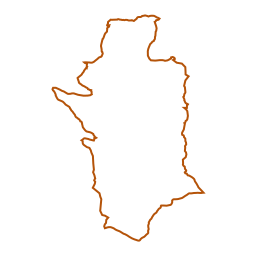 outline of Lupeni, Hunedoara, Romania
{"feature_id": "2599482B30963415066220", "entity_name": "Lupeni", "entity_type": "district", "adm_level": 2, "iso_a3": "ROU", "parent_name": "Romania", "parent_adm1": "Hunedoara", "projection": "robinson", "projection_center": [23.198, 45.349], "detail": "fine", "context": "isolated", "style": "outline", "palette": "amber", "viewbox_px": 256, "rotation_deg": 0, "n_neighbors": 0, "source": "geoboundaries", "source_scale": "gbopen_adm2", "svg_char_len": 5661}
<svg xmlns="http://www.w3.org/2000/svg" viewBox="0 0 256 256"><path d="M203.5,192.7L198.4,187.3L198.0,186.3L197.2,184.9L196.5,183.6L195.0,181.4L194.6,180.4L194.5,179.7L194.0,178.9L193.0,178.0L191.8,177.1L189.2,175.6L187.7,175.3L186.8,173.7L185.3,173.3L184.8,172.3L186.1,171.1L186.2,170.4L185.0,168.9L184.7,166.6L183.6,165.9L182.9,164.7L183.1,163.4L182.9,159.6L185.7,157.2L186.4,154.4L186.0,152.4L184.9,151.0L185.0,149.7L185.2,147.7L185.0,146.1L186.2,144.4L186.0,142.4L185.4,141.2L185.3,138.7L184.7,137.8L184.1,137.3L184.0,136.4L183.6,135.4L182.2,134.8L182.0,133.8L182.2,132.5L183.8,129.5L184.3,126.7L184.8,124.1L184.4,123.2L185.0,123.1L185.7,120.9L186.6,120.4L187.3,119.3L187.9,115.9L187.3,111.1L186.1,109.4L184.3,107.9L186.9,107.9L187.0,104.6L187.9,104.5L188.0,104.3L186.6,103.5L185.8,103.2L185.4,102.6L184.9,101.7L184.8,101.4L184.5,100.5L184.3,100.3L184.4,99.3L183.9,98.3L183.3,97.0L183.9,96.5L184.4,94.0L185.2,92.9L185.4,92.2L184.9,87.2L184.1,85.9L185.4,80.4L188.6,76.3L185.6,74.5L185.5,70.8L185.3,67.1L181.9,63.6L176.7,62.7L173.1,60.0L174.8,59.0L174.7,58.3L173.7,57.4L172.5,57.0L171.1,57.4L171.1,58.3L168.9,59.7L167.4,60.4L165.0,60.8L163.9,60.4L162.2,60.1L159.8,60.1L159.3,60.2L158.1,60.3L157.5,60.4L155.1,60.6L150.9,60.3L149.3,58.6L147.9,55.7L147.8,51.1L148.3,48.8L149.1,46.7L150.2,44.1L151.4,43.0L152.4,41.7L153.9,40.9L154.0,40.2L154.5,39.7L154.9,38.9L155.0,36.8L155.4,35.8L155.5,34.1L155.7,31.6L156.2,30.9L156.6,28.3L156.1,26.1L154.7,21.9L155.2,21.7L155.8,21.1L156.0,20.4L157.0,20.0L158.0,19.9L158.9,19.4L159.5,18.6L157.8,17.7L156.5,17.3L155.8,16.7L153.9,15.8L153.0,15.8L152.2,15.7L150.8,15.8L149.6,16.0L148.5,16.5L147.0,15.9L145.0,15.4L144.5,15.6L142.1,16.0L141.8,16.4L140.7,17.0L138.8,17.0L137.8,17.2L137.5,17.4L137.1,17.8L136.7,18.7L136.2,19.0L135.6,19.6L134.8,20.1L134.2,20.8L133.5,20.9L132.7,20.5L131.8,20.2L131.2,20.5L130.6,20.4L129.2,20.5L128.4,20.4L127.4,20.0L126.6,19.9L125.5,19.9L124.7,20.1L124.1,20.1L123.5,19.9L122.1,20.0L121.1,19.7L119.7,19.6L118.7,19.2L118.1,19.2L117.9,19.2L117.3,19.6L111.7,19.8L110.6,19.7L109.8,20.5L108.4,21.6L108.0,22.1L108.0,23.6L107.4,24.5L107.1,25.4L107.2,25.6L107.4,25.7L107.7,25.7L109.3,25.3L109.2,25.6L109.1,26.5L108.9,26.8L108.0,27.4L107.4,27.9L107.2,28.4L107.1,28.7L107.2,29.0L107.2,29.7L107.0,30.8L107.0,31.6L105.4,33.2L104.9,34.0L104.3,35.5L104.1,36.2L103.5,37.8L103.0,38.8L102.6,39.0L102.0,41.3L101.2,44.7L101.0,46.0L101.6,49.2L101.7,51.3L102.2,51.8L102.1,52.1L102.6,52.9L102.7,53.4L102.7,53.7L102.4,54.5L101.7,55.9L101.3,56.4L101.4,56.5L101.2,56.7L100.8,56.9L99.3,57.3L98.9,57.6L98.6,57.9L98.3,58.1L97.5,58.9L95.1,60.8L93.9,61.8L92.7,62.4L91.8,62.7L91.0,62.7L89.4,62.5L85.3,62.3L84.3,62.4L85.0,63.0L87.0,63.6L86.7,66.8L86.7,67.0L87.0,67.0L86.8,67.5L86.7,68.3L86.0,68.1L84.1,70.6L83.7,71.7L82.1,73.7L81.8,74.4L81.1,75.1L77.6,77.9L77.7,78.6L78.2,79.8L78.3,80.5L78.8,81.5L78.9,82.6L79.0,82.8L79.6,83.2L80.0,83.6L80.3,83.9L81.2,84.4L82.3,85.4L82.7,85.6L84.5,86.4L86.0,87.4L87.1,87.9L87.7,88.4L88.0,89.2L88.3,89.3L89.0,89.4L89.2,89.6L89.4,89.8L89.9,90.0L90.8,90.0L91.1,90.1L90.8,90.7L90.9,90.8L91.1,91.0L91.3,91.0L91.5,91.3L91.6,92.3L91.6,93.8L91.8,94.3L90.3,95.2L87.6,95.6L83.6,95.7L78.1,94.8L73.8,93.4L72.0,93.4L70.5,93.8L68.1,93.9L67.0,93.4L63.7,91.4L62.1,90.9L59.6,89.5L55.8,87.8L53.1,87.8L52.5,89.2L53.0,90.3L54.2,91.5L55.3,93.6L55.7,94.7L55.7,95.5L55.8,95.8L56.2,96.3L56.6,97.4L57.8,99.3L58.5,99.8L59.0,100.0L62.5,101.5L63.2,102.0L64.6,103.4L65.6,104.6L69.2,106.8L69.8,107.6L70.1,108.6L70.4,108.9L70.8,109.3L71.2,110.3L72.7,111.8L73.3,112.8L74.9,114.8L75.3,116.0L75.6,116.6L76.2,117.3L77.0,117.7L77.3,118.0L78.0,118.5L78.4,119.0L79.2,119.3L79.7,120.0L80.0,120.7L80.4,121.4L81.3,121.6L81.5,121.9L81.8,122.3L81.9,122.7L81.9,123.2L82.1,123.6L82.1,124.2L82.5,125.5L82.6,126.2L82.9,127.3L84.6,129.6L85.4,130.5L86.3,131.3L86.7,131.5L90.2,132.3L91.8,133.0L92.7,133.7L93.2,133.9L93.4,134.4L93.6,135.1L94.3,135.9L94.8,136.8L95.4,137.3L95.9,137.6L96.2,137.8L95.5,138.2L94.3,138.1L94.2,139.4L93.9,140.5L93.7,140.5L93.1,140.4L92.4,140.2L89.5,139.5L88.4,139.0L86.9,138.7L84.9,138.3L84.3,138.3L83.8,138.6L83.5,138.8L82.8,139.5L81.6,140.3L82.5,140.9L82.7,141.4L82.7,143.0L83.1,144.1L83.8,144.9L86.9,147.1L89.4,147.9L90.8,150.4L91.4,152.6L92.9,156.0L93.3,163.6L93.9,169.7L93.1,172.2L94.4,175.3L95.2,178.6L94.6,179.3L94.2,180.4L95.2,181.8L94.8,183.8L92.8,187.8L99.5,193.3L100.3,196.7L101.3,199.2L100.2,210.8L102.2,215.0L105.0,215.7L108.2,217.6L106.3,219.8L106.0,222.9L104.8,224.4L104.2,226.3L104.9,228.2L106.6,227.7L107.0,227.5L108.9,227.1L110.1,227.1L110.8,227.2L112.8,227.9L114.2,228.6L115.4,229.5L116.8,230.2L119.4,231.2L120.5,231.8L123.5,233.7L125.2,234.3L127.4,235.5L129.3,236.8L132.1,238.4L134.5,239.4L136.1,239.9L137.5,240.4L138.3,240.6L138.9,240.6L139.2,240.6L139.9,240.2L140.8,238.9L141.9,238.0L142.4,237.7L144.2,236.8L145.2,235.9L146.4,234.6L147.6,233.7L147.9,233.3L148.2,232.9L148.2,232.5L148.2,232.1L148.1,231.2L148.2,230.3L148.6,229.5L148.6,229.2L148.6,228.5L148.3,227.2L148.2,225.5L148.4,224.8L148.8,223.9L148.9,223.4L148.8,222.8L148.8,222.3L149.0,222.0L150.2,219.8L150.6,219.4L151.4,218.7L152.1,217.2L153.8,214.6L154.7,213.7L155.4,213.3L156.3,212.6L156.5,212.4L156.9,211.5L157.1,211.1L157.5,210.7L158.7,209.0L159.3,208.5L159.9,208.2L160.4,207.8L160.6,207.5L160.8,207.0L160.9,205.9L161.2,205.5L163.3,205.5L166.6,205.7L170.5,204.9L171.1,204.5L171.5,203.9L171.9,203.2L172.2,202.3L172.2,201.5L172.1,200.7L172.5,200.0L173.0,199.6L173.7,199.3L176.9,199.2L178.3,199.0L182.0,198.0L182.7,197.6L184.2,196.6L184.9,196.1L187.2,194.7L188.6,193.6L189.1,193.4L189.8,193.3L190.8,193.4L191.9,193.3L193.8,193.0L196.3,192.9L197.7,192.8L201.0,193.0L202.4,192.8L203.5,192.7Z" fill="none" stroke="#b45309" stroke-width="2"/></svg>